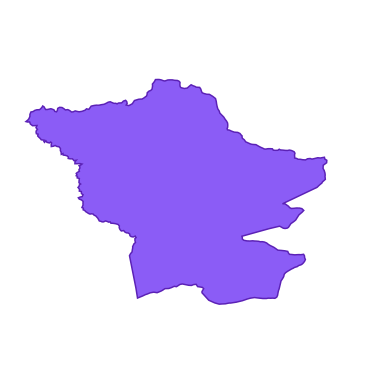 Água Fria de Goiás, Goiás, Brazil, rotated 73°
{"feature_id": "56859067B46461362278919", "entity_name": "Água Fria de Goiás", "entity_type": "district", "adm_level": 2, "iso_a3": "BRA", "parent_name": "Brazil", "parent_adm1": "Goiás", "projection": "equal_earth", "projection_center": [-47.827, -14.895], "detail": "fine", "context": "isolated", "style": "filled", "palette": "violet", "viewbox_px": 384, "rotation_deg": 73, "n_neighbors": 0, "source": "geoboundaries", "source_scale": "gbopen_adm2", "svg_char_len": 5551}
<svg xmlns="http://www.w3.org/2000/svg" viewBox="0 0 384 384"><g transform="rotate(73 192 192)"><path d="M315.8,150.1L316.6,147.8L317.1,145.8L317.9,143.8L317.4,141.8L315.9,140.4L313.5,139.2L311.4,138.0L310.3,137.1L306.2,134.7L304.7,133.8L303.2,133.0L301.2,130.6L299.8,129.1L297.6,127.8L296.5,126.0L295.8,123.8L295.4,122.1L294.7,119.3L294.5,117.5L294.1,116.1L294.1,113.0L293.5,111.5L293.5,109.1L293.1,107.6L292.3,106.1L291.1,104.5L289.7,103.3L287.8,103.5L285.8,103.1L284.2,103.5L283.8,106.1L283.0,108.5L282.6,110.1L282.2,112.0L281.0,114.7L280.1,117.0L278.6,117.6L276.8,117.8L275.4,120.4L274.1,123.4L272.7,126.9L270.3,128.7L268.7,130.0L267.4,131.4L265.7,133.2L264.4,134.3L262.6,135.5L261.0,137.4L260.0,139.4L259.6,141.1L258.6,142.7L257.7,145.0L257.2,146.4L256.4,148.3L255.8,151.0L254.8,153.8L253.3,156.6L251.7,157.6L250.3,157.2L248.9,157.2L249.6,129.0L250.3,118.2L251.5,117.0L253.3,115.3L254.1,113.7L254.4,111.6L254.0,110.1L252.5,108.3L251.1,106.6L250.6,104.9L249.9,102.9L249.1,101.0L248.2,100.0L245.2,96.5L243.5,92.6L242.3,90.5L240.0,91.8L238.8,93.9L237.8,97.0L237.4,99.2L236.8,101.8L235.5,103.2L233.8,103.9L230.4,106.6L229.7,108.9L224.1,71.0L222.9,68.7L222.0,66.7L221.5,65.3L220.5,64.3L218.9,60.8L217.4,60.5L216.2,60.3L214.8,59.7L212.8,59.3L210.1,59.3L207.8,59.8L206.2,59.2L204.8,58.7L203.4,54.7L201.1,53.8L199.2,55.4L197.5,55.2L197.2,57.4L197.0,59.4L196.0,61.7L195.8,65.0L195.6,67.7L194.5,69.2L194.0,71.8L194.5,74.1L193.5,76.7L192.4,78.8L191.7,81.0L190.5,82.1L189.5,83.9L188.3,83.5L186.5,83.1L185.0,82.2L183.3,82.6L181.5,84.6L180.4,86.5L180.2,88.6L179.5,90.6L178.5,92.9L177.6,95.2L176.6,96.1L177.2,97.7L176.6,99.9L175.8,102.0L174.2,102.5L173.4,104.6L172.8,106.7L172.5,109.1L171.9,110.4L170.7,111.6L169.7,112.8L168.2,114.4L166.6,115.9L165.4,117.0L164.6,119.1L163.9,120.8L163.1,122.1L161.0,124.5L159.7,126.0L157.4,126.7L155.4,128.1L154.2,128.1L153.0,127.7L151.9,128.3L150.1,129.0L148.4,130.8L147.1,134.1L145.2,136.6L143.8,138.1L142.9,139.9L141.6,139.9L140.6,139.0L138.4,138.2L136.4,137.8L134.4,138.2L132.0,139.1L129.7,139.7L124.7,142.3L122.5,142.3L120.2,143.0L118.6,143.0L116.7,142.9L114.8,142.7L112.5,142.3L109.5,142.2L107.9,143.3L106.5,144.3L105.5,145.2L103.7,146.8L102.8,149.4L101.2,151.9L100.0,153.3L98.2,153.5L96.1,153.5L94.2,154.1L93.0,157.3L91.8,158.4L90.8,159.8L89.2,161.5L89.9,163.3L91.2,166.1L90.8,169.0L89.8,170.7L89.0,172.0L87.9,172.5L86.0,172.3L83.6,171.4L82.1,172.1L81.0,173.5L80.2,175.8L79.0,178.1L78.4,180.0L77.8,182.3L77.9,185.5L77.1,187.0L75.9,188.5L74.9,190.3L74.2,192.5L73.8,194.1L75.0,195.2L76.2,196.7L77.2,198.3L79.0,198.7L81.1,199.7L82.1,200.3L82.8,201.8L83.0,203.8L84.0,205.8L85.7,206.5L86.9,207.4L87.4,208.8L88.1,210.8L88.5,212.7L88.0,214.5L87.7,216.0L87.7,220.3L90.1,223.2L90.5,224.9L90.9,227.2L89.6,229.5L88.3,228.1L86.4,228.0L84.9,228.7L85.0,231.0L86.2,233.2L85.4,236.3L85.8,237.9L84.9,238.9L84.4,240.7L83.3,242.1L81.8,243.8L81.6,245.9L82.0,247.7L82.4,250.3L82.0,253.1L81.8,255.6L81.0,258.1L80.6,260.4L80.4,263.3L82.8,266.5L81.6,268.6L82.5,270.3L82.7,273.5L82.3,276.5L81.4,278.2L80.3,280.0L80.6,282.3L80.2,283.9L79.1,284.6L78.0,285.5L76.9,286.7L76.5,289.1L74.8,290.2L73.2,291.6L72.3,293.9L72.8,296.0L74.5,296.8L75.7,298.1L74.8,299.7L73.4,299.8L72.3,300.9L71.1,302.6L70.8,306.3L70.3,307.9L69.1,308.2L67.3,308.6L66.1,309.6L67.1,310.7L68.1,312.3L68.7,313.7L68.0,316.4L68.0,318.6L68.6,320.3L68.4,322.7L70.4,324.3L72.3,324.9L74.2,326.5L75.1,327.8L76.1,330.2L77.0,328.8L77.5,326.8L79.7,326.7L82.0,325.1L82.6,322.8L83.1,320.8L84.9,322.4L86.9,321.5L87.8,322.9L89.0,323.6L90.8,323.8L91.7,322.3L93.3,323.2L94.9,322.4L96.4,321.5L98.0,320.9L99.2,318.3L100.3,318.9L101.4,318.5L100.2,316.8L102.1,316.2L103.4,314.0L102.9,312.5L104.0,311.9L105.5,312.8L107.4,313.3L107.7,311.1L107.5,309.3L109.0,307.8L109.8,306.0L111.9,305.1L114.0,305.8L115.4,305.5L117.8,306.0L117.5,304.2L119.0,304.4L119.9,302.4L121.2,300.6L122.4,300.0L123.7,300.6L124.6,299.0L125.4,296.6L127.5,295.7L127.8,293.4L128.8,295.0L130.7,295.7L131.3,293.8L132.1,290.7L133.1,289.0L133.7,290.5L133.8,292.3L135.1,291.9L136.4,292.3L137.8,293.7L139.2,293.6L139.8,296.0L140.4,297.3L141.7,297.0L142.6,298.0L143.6,297.0L144.9,297.7L146.2,295.8L148.2,296.7L150.1,297.4L151.8,296.2L152.3,297.7L153.5,298.3L154.3,299.7L156.6,298.8L158.2,299.5L159.2,297.7L161.2,298.2L162.7,297.0L164.3,298.3L164.1,300.4L164.3,302.4L165.8,301.9L167.3,300.0L169.1,298.9L171.0,299.6L172.6,300.0L174.7,301.8L175.7,300.6L177.2,301.3L178.3,300.0L179.7,299.4L180.7,298.5L182.2,297.3L183.3,296.0L183.5,294.3L184.3,292.9L185.6,292.4L186.6,291.1L187.9,290.5L189.6,289.7L191.2,289.4L192.6,289.1L193.4,287.7L194.3,286.7L194.7,285.2L194.4,283.2L195.4,281.7L196.4,280.6L196.7,279.0L198.1,278.7L198.8,276.8L199.9,274.5L201.4,272.2L203.2,271.4L204.7,272.0L206.0,272.0L207.2,271.7L208.6,271.0L208.9,268.6L210.8,267.8L211.9,266.6L212.5,265.1L213.9,263.9L215.6,264.1L216.8,263.3L217.8,261.5L217.6,259.2L219.3,258.8L219.9,260.2L221.9,260.8L223.7,260.8L224.7,262.8L225.8,263.7L226.8,264.7L228.0,265.0L229.9,266.0L231.7,266.8L233.0,268.8L234.6,270.4L267.4,273.7L277.5,275.1L277.0,269.7L276.5,266.4L276.5,264.6L276.2,261.5L276.6,257.9L278.1,254.8L277.7,250.6L277.3,248.7L276.5,246.2L277.5,242.4L277.4,239.6L277.0,236.6L278.0,234.5L276.9,230.6L277.1,228.2L280.3,222.3L281.2,219.8L281.0,217.5L281.5,215.0L284.1,214.3L285.5,211.4L286.3,209.9L287.9,209.1L290.0,211.5L291.3,211.9L300.4,207.6L304.7,202.7L307.2,198.8L307.9,195.8L308.7,192.7L309.0,189.1L309.5,187.4L310.3,181.9L310.7,175.5L310.5,170.4L310.6,167.2L311.2,163.1L312.5,160.2L314.6,155.3L315.6,152.0L315.8,150.1Z" fill="#8b5cf6" stroke="#5b21b6" stroke-width="1.5"/></g></svg>